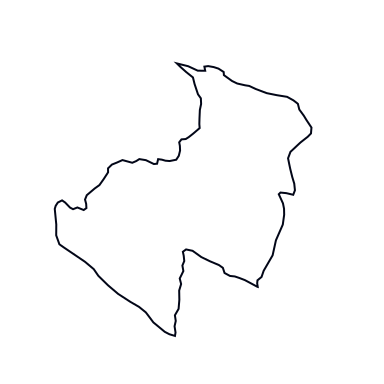 Övertorneå, Norrbotten, Sweden (Natural Earth projection), rotated 213°
{"feature_id": "70781695B64947384355586", "entity_name": "Övertorneå", "entity_type": "district", "adm_level": 2, "iso_a3": "SWE", "parent_name": "Sweden", "parent_adm1": "Norrbotten", "projection": "natural_earth1", "projection_center": [23.504, 66.517], "detail": "fine", "context": "isolated", "style": "outline", "palette": "ink", "viewbox_px": 384, "rotation_deg": 213, "n_neighbors": 0, "source": "geoboundaries", "source_scale": "gbopen_adm2", "svg_char_len": 1919}
<svg xmlns="http://www.w3.org/2000/svg" viewBox="0 0 384 384"><g transform="rotate(213 192 192)"><path d="M85.2,148.2L87.6,150.9L89.0,153.6L87.4,158.6L89.0,165.0L89.9,182.8L95.3,197.2L98.1,214.1L102.3,223.1L105.7,228.1L109.5,232.0L116.1,236.2L118.0,237.4L117.5,239.7L112.3,242.4L105.6,244.8L106.6,249.5L110.8,254.7L116.1,259.2L122.2,264.9L125.6,268.3L129.8,272.6L131.3,279.3L128.3,291.4L127.9,292.9L125.0,301.4L124.1,305.9L126.9,311.1L135.0,314.6L139.8,316.9L146.9,319.6L151.2,323.6L153.0,323.8L156.9,324.1L164.1,323.6L173.6,319.4L183.2,315.6L194.6,313.1L201.8,312.1L205.6,310.4L213.2,307.6L218.9,306.9L228.9,307.4L230.8,309.9L237.0,309.9L241.8,308.6L247.0,306.4L249.9,303.9L247.0,300.9L253.2,296.9L263.7,295.4L274.7,291.6L269.8,290.6L261.9,289.4L253.6,288.6L248.7,284.0L240.2,277.2L235.6,275.4L232.3,270.8L230.1,265.1L225.8,257.8L222.8,252.9L220.4,249.8L222.8,241.6L224.6,236.3L226.1,233.0L229.5,230.4L229.8,226.7L227.3,224.1L224.6,220.3L222.8,215.2L222.8,210.5L227.6,205.8L231.3,203.8L234.9,202.7L238.3,201.1L236.7,196.7L239.2,194.7L248.0,193.6L254.1,190.9L255.6,187.6L258.0,184.0L267.7,180.9L271.0,175.8L274.1,171.4L275.3,166.1L273.1,162.8L273.1,154.7L273.4,147.4L275.5,142.0L278.5,132.0L277.6,127.4L274.3,124.4L271.8,121.0L273.0,117.9L279.7,116.6L282.4,112.8L285.8,112.5L292.7,114.1L296.4,114.2L298.8,110.1L298.8,106.2L297.9,103.1L288.1,90.8L282.3,81.7L274.7,75.9L269.4,75.7L243.8,75.2L232.4,73.8L224.9,70.7L211.6,68.0L198.4,66.3L183.7,66.3L173.8,66.8L165.2,65.9L161.0,64.4L153.4,61.6L138.7,59.9L133.5,60.4L127.9,62.0L129.3,65.2L133.5,69.9L135.4,75.0L139.2,79.3L139.6,86.7L143.9,94.7L149.1,102.4L151.0,108.9L155.2,112.8L155.7,117.1L156.2,121.0L160.0,125.1L160.9,129.9L164.2,134.0L167.1,136.9L165.7,140.6L159.5,143.0L148.6,142.5L139.1,143.7L129.6,145.4L124.8,145.2L120.6,141.8L114.4,142.3L110.1,144.5L105.4,145.7L99.7,146.9L94.0,147.4L85.5,148.1L85.2,148.2Z" fill="none" stroke="#020617" stroke-width="2"/></g></svg>